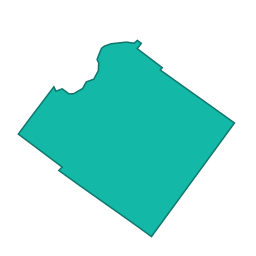 Clark, Illinois, United States of America (Equal Earth projection), rotated 217°
{"feature_id": "52423323B65580501583710", "entity_name": "Clark", "entity_type": "district", "adm_level": 2, "iso_a3": "USA", "parent_name": "United States of America", "parent_adm1": "Illinois", "projection": "equal_earth", "projection_center": [-87.661, 39.322], "detail": "fine", "context": "isolated", "style": "filled", "palette": "teal", "viewbox_px": 256, "rotation_deg": 217, "n_neighbors": 0, "source": "geoboundaries", "source_scale": "gbopen_adm2", "svg_char_len": 634}
<svg xmlns="http://www.w3.org/2000/svg" viewBox="0 0 256 256"><g transform="rotate(217 128 128)"><path d="M46.0,196.1L66.0,195.6L137.2,193.7L136.9,196.8L168.4,196.9L168.3,203.6L173.3,203.6L174.1,199.4L180.9,195.7L192.2,185.1L196.2,179.0L197.1,175.7L195.4,169.0L193.9,164.1L190.5,162.3L186.8,156.8L186.2,156.1L184.7,146.4L189.0,139.9L188.9,138.5L188.0,132.3L192.0,122.7L195.7,119.7L204.1,119.7L207.7,114.0L212.0,116.3L212.0,102.7L212.1,75.6L212.1,75.1L212.0,69.7L212.0,62.1L212.0,60.6L211.9,57.1L157.1,57.2L157.7,52.4L130.8,53.0L62.7,55.1L43.9,55.4L44.6,102.0L46.0,196.1Z" fill="#14b8a6" stroke="#0f766e" stroke-width="1.5"/></g></svg>